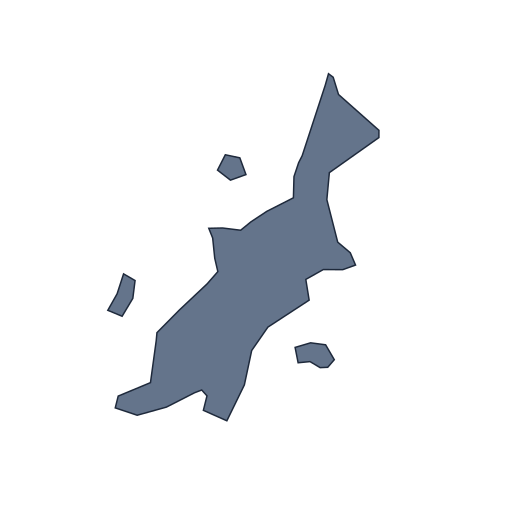 St. Thomas, United States Virgin Islands, United States of America (Mercator projection), rotated 114°
{"feature_id": "52423323B95364314409049", "entity_name": "St. Thomas", "entity_type": "district", "adm_level": 2, "iso_a3": "USA", "parent_name": "United States of America", "parent_adm1": "United States Virgin Islands", "projection": "mercator", "projection_center": [-64.939, 18.341], "detail": "fine", "context": "isolated", "style": "filled", "palette": "slate", "viewbox_px": 512, "rotation_deg": 114, "n_neighbors": 0, "source": "geoboundaries", "source_scale": "gbopen_adm2", "svg_char_len": 972}
<svg xmlns="http://www.w3.org/2000/svg" viewBox="0 0 512 512"><g transform="rotate(114 256 256)"><path d="M418.4,215.6L378.5,214.2L344.1,221.5L316.1,216.2L274.7,189.5L257.1,201.0L241.0,189.0L233.2,171.2L223.8,161.4L214.7,171.2L210.1,187.0L175.7,214.2L150.0,222.9L97.8,191.9L91.2,194.8L74.9,246.3L61.3,258.2L60.0,263.9L71.8,262.2L145.6,254.6L153.4,255.0L168.0,253.6L187.6,245.5L210.8,264.3L226.8,274.5L238.7,280.5L244.0,297.9L249.9,310.4L257.2,302.9L274.8,292.8L285.8,284.5L301.3,289.3L336.4,304.0L366.3,315.3L374.0,312.7L414.6,300.9L440.0,324.9L452.0,322.8L449.8,299.8L430.5,276.4L405.9,256.5L400.5,251.1L403.7,243.9L418.4,241.3L418.4,215.6ZM308.8,156.3L313.1,170.8L323.6,183.1L336.4,174.1L330.5,163.7L331.9,152.0L328.5,145.2L318.9,142.3L308.8,156.3ZM327.6,356.5L326.2,369.7L347.0,367.5L365.9,369.3L365.5,353.8L344.8,351.3L327.6,356.5ZM172.9,310.7L176.0,325.2L193.2,326.1L197.1,310.2L185.7,298.3L172.9,310.7Z" fill="#64748b" stroke="#1e293b" stroke-width="1.5"/></g></svg>